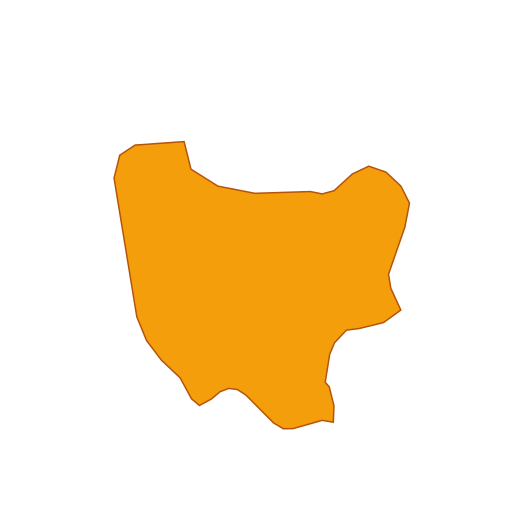 SVG path tracing the border of Siquijor, rotated 42°
{"feature_id": "PHL-2517", "entity_name": "Siquijor", "entity_type": "Province", "adm_level": 1, "iso_a3": "PHL", "parent_name": "Philippines", "parent_adm1": "", "projection": "robinson", "projection_center": [123.634, 9.196], "detail": "fine", "context": "isolated", "style": "filled", "palette": "amber", "viewbox_px": 512, "rotation_deg": 42, "n_neighbors": 0, "source": "natural_earth", "source_scale": "10m", "svg_char_len": 695}
<svg xmlns="http://www.w3.org/2000/svg" viewBox="0 0 512 512"><g transform="rotate(42 256 256)"><path d="M391.9,303.5L397.9,304.2L414.1,315.1L424.7,327.8L415.2,333.8L399.0,359.5L391.9,366.1L380.8,368.3L341.4,366.1L331.5,367.7L324.3,372.7L320.1,380.9L318.5,392.2L314.0,404.9L303.7,405.3L281.1,397.3L255.4,396.7L231.3,392.1L208.2,381.0L98.4,293.1L87.3,272.3L91.9,254.5L126.0,219.1L149.6,235.0L180.9,229.6L213.2,210.2L253.2,171.8L263.7,165.5L270.3,155.2L272.7,130.6L279.7,113.8L296.5,106.7L316.8,107.1L334.7,114.0L347.3,134.9L366.7,180.9L377.8,189.8L399.8,199.3L395.3,220.1L381.1,241.0L372.8,250.6L372.4,268.0L376.5,279.7L391.9,303.5Z" fill="#f59e0b" stroke="#b45309" stroke-width="1.5"/></g></svg>